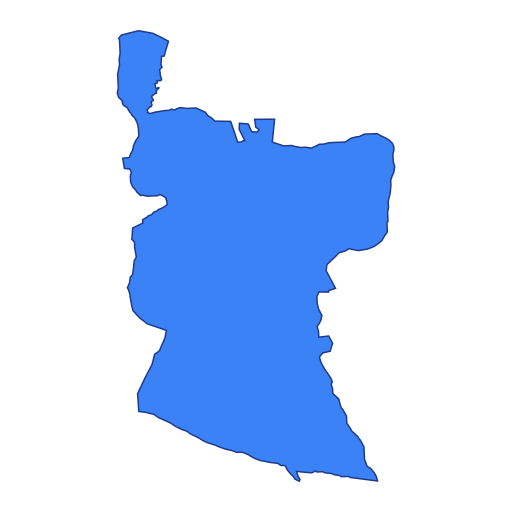 Shendam, Plateau, Nigeria (Mercator projection)
{"feature_id": "59680162B53080807091718", "entity_name": "Shendam", "entity_type": "district", "adm_level": 2, "iso_a3": "NGA", "parent_name": "Nigeria", "parent_adm1": "Plateau", "projection": "mercator", "projection_center": [9.53, 8.741], "detail": "fine", "context": "isolated", "style": "filled", "palette": "blue", "viewbox_px": 512, "rotation_deg": 0, "n_neighbors": 0, "source": "geoboundaries", "source_scale": "gbopen_adm2", "svg_char_len": 4425}
<svg xmlns="http://www.w3.org/2000/svg" viewBox="0 0 512 512"><path d="M377.5,481.0L376.4,476.7L374.3,472.9L370.6,468.4L367.1,466.3L365.8,462.8L364.5,459.4L364.3,454.8L364.1,450.1L363.9,446.7L360.2,439.9L359.0,438.8L357.7,436.5L354.1,433.2L351.7,431.0L350.5,428.7L346.8,423.1L346.5,416.1L342.7,409.3L341.5,408.2L340.2,404.8L338.8,399.0L332.8,393.5L332.6,388.9L331.2,384.3L332.3,381.9L331.0,378.5L327.3,372.8L324.8,369.5L323.6,367.2L321.1,362.7L319.7,358.1L319.7,356.6L322.8,352.9L330.2,351.2L330.5,350.0L332.6,343.3L328.7,336.0L318.8,337.2L318.5,331.4L317.2,326.8L317.1,326.5L319.1,323.6L320.9,320.2L321.9,315.5L318.7,309.3L317.2,303.6L316.9,296.6L319.0,291.9L328.3,292.1L329.3,290.4L335.5,288.3L326.1,270.7L326.9,264.8L328.0,263.6L335.7,256.3L339.0,252.7L344.7,251.2L346.9,250.0L349.1,248.7L353.8,249.7L358.4,250.6L367.5,249.1L371.0,247.7L371.4,247.6L374.2,246.4L377.6,244.0L380.9,241.5L382.0,240.3L384.1,236.7L387.3,231.9L387.2,228.4L387.0,224.9L386.9,222.8L386.9,222.6L388.0,221.4L387.8,217.9L387.6,212.1L388.5,207.4L388.2,201.6L389.2,197.0L390.2,193.4L390.9,185.3L390.7,180.6L391.7,177.1L393.8,172.3L394.7,166.5L394.0,164.2L393.3,161.9L393.0,156.1L392.9,153.8L393.9,150.2L393.8,146.8L392.4,143.3L390.1,141.1L388.9,140.0L385.3,137.8L380.6,135.7L377.1,133.6L372.5,133.8L368.0,134.0L364.5,134.1L358.9,136.7L356.6,136.8L351.0,138.2L345.4,142.0L343.1,142.1L337.6,142.3L337.4,142.3L329.4,142.7L323.7,144.1L319.1,144.3L316.9,145.6L311.3,148.1L305.5,147.2L300.9,147.5L295.2,146.5L291.7,145.5L287.1,145.7L283.7,145.9L272.3,142.1L274.6,119.2L260.0,119.3L259.7,119.3L254.7,119.3L255.7,127.1L259.2,129.7L257.2,132.0L251.6,131.8L248.3,124.0L239.4,123.2L239.2,129.4L244.9,140.7L243.3,140.7L241.1,142.0L237.7,142.2L230.7,121.4L214.9,121.1L211.3,117.8L207.8,115.6L205.3,112.2L203.0,111.2L196.0,108.0L191.4,108.2L186.8,108.4L179.9,107.6L176.5,108.9L174.3,110.1L172.0,109.1L168.6,110.4L165.1,110.5L154.9,112.2L150.4,113.5L147.5,112.7L147.9,112.2L147.1,110.0L150.1,106.6L151.1,106.7L152.0,104.7L151.2,102.7L151.3,101.6L153.1,100.7L153.3,99.7L151.6,97.1L151.9,96.2L155.0,93.5L156.3,93.4L156.5,92.5L156.1,91.5L157.4,89.2L158.7,88.5L158.8,87.7L158.0,87.6L156.8,88.7L155.8,88.2L154.9,84.0L157.2,83.0L157.1,80.7L160.8,80.6L161.6,79.5L160.4,75.7L160.1,72.6L159.6,69.7L162.0,67.1L161.0,64.4L161.1,62.6L161.5,56.4L164.2,56.1L165.2,52.2L167.0,46.1L168.5,41.3L162.7,38.1L152.8,33.3L138.5,30.7L121.5,35.0L118.8,38.1L119.5,40.5L119.7,44.0L119.9,47.5L120.1,53.3L119.2,59.1L119.4,62.6L119.5,64.9L119.1,67.0L118.6,69.6L117.6,74.3L117.7,76.6L117.9,78.9L118.1,83.6L118.3,88.2L117.3,92.9L118.7,97.5L121.1,99.7L122.3,100.8L122.4,103.2L123.6,105.4L127.2,107.6L129.7,112.1L130.9,113.2L132.1,115.5L134.5,117.7L137.0,122.3L138.4,128.0L138.6,132.7L138.8,136.1L137.4,138.2L135.6,140.9L133.5,145.7L132.6,150.4L130.5,154.0L129.5,157.5L122.7,158.3L124.4,168.4L130.0,169.1L131.3,172.5L130.3,176.0L130.5,179.5L130.6,181.8L131.9,185.3L133.1,187.5L135.5,189.8L136.8,192.0L138.0,193.1L140.4,195.4L142.7,195.2L147.3,196.2L150.7,196.0L153.0,195.9L157.6,195.7L159.8,194.5L162.2,195.5L165.7,197.7L167.0,202.3L167.2,204.6L163.8,207.1L161.6,208.3L158.2,209.7L157.1,210.9L153.7,212.2L151.6,214.6L148.2,215.9L147.1,217.1L142.6,219.7L142.8,223.1L135.8,226.5L132.7,228.0L132.1,235.8L131.8,239.3L134.5,242.1L134.6,245.6L134.7,247.9L136.3,257.1L134.2,260.7L133.4,268.9L132.5,274.7L130.3,277.1L129.5,283.0L127.4,287.7L128.6,290.0L130.0,294.6L130.1,296.9L131.4,303.9L131.6,305.0L133.0,310.7L136.1,314.1L139.7,317.9L147.2,323.8L166.4,330.4L164.9,338.0L159.4,350.8L154.6,354.3L152.1,364.4L144.9,378.2L137.6,393.6L138.8,411.5L145.7,412.3L149.2,413.3L153.8,414.3L158.5,417.6L163.2,419.7L170.3,422.9L175.0,426.1L181.4,429.3L186.9,431.2L190.4,433.9L195.9,436.5L198.8,437.9L202.9,440.6L207.1,442.6L215.4,445.2L218.2,446.5L220.1,447.2L225.8,449.2L231.4,450.4L236.9,452.4L241.5,452.2L244.0,452.9L248.4,454.7L249.6,455.5L251.8,456.8L254.3,458.2L256.9,459.2L258.9,460.0L260.1,460.5L266.0,461.5L268.5,462.2L273.0,462.8L277.6,463.3L281.1,465.5L283.4,465.4L285.3,465.8L287.3,469.9L290.9,474.2L293.6,476.8L294.4,478.3L294.6,478.8L296.9,480.1L299.3,481.3L300.0,479.5L298.1,476.4L296.9,472.6L296.5,471.4L297.7,471.5L304.9,472.3L311.8,472.8L315.7,470.9L316.9,472.0L322.6,471.7L325.0,472.8L331.9,473.6L334.2,474.7L340.0,475.6L341.2,476.7L345.8,476.5L348.1,476.4L350.4,477.5L353.8,477.9L357.7,478.4L359.6,478.7L360.6,478.8L363.7,479.2L377.5,481.0Z" fill="#3b82f6" stroke="#1e3a8a" stroke-width="1.5"/></svg>